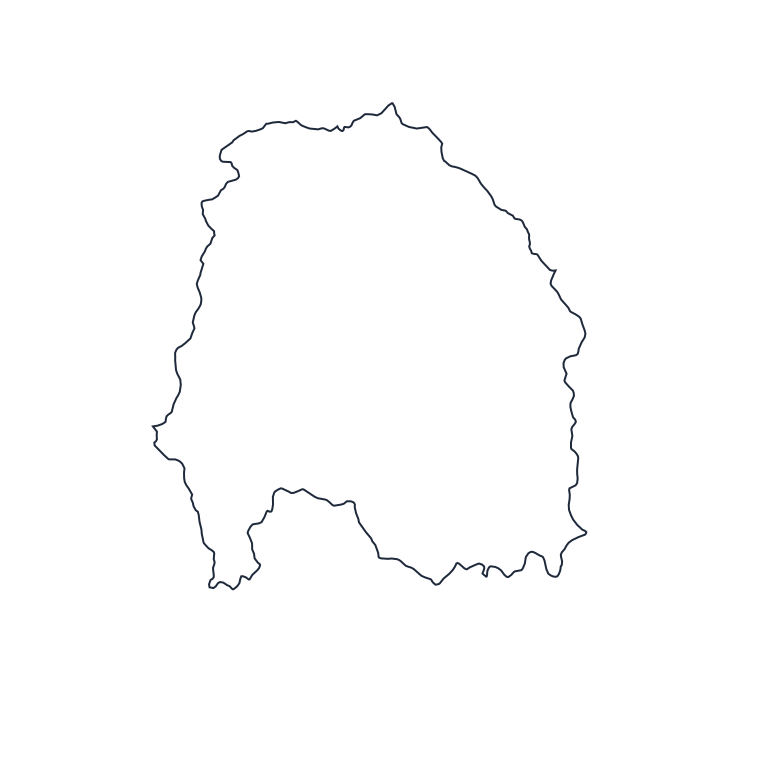 Ngan Son, Bắc Kạn, Vietnam (orthographic projection), rotated 115°
{"feature_id": "81297802B68784640933993", "entity_name": "Ngan Son", "entity_type": "district", "adm_level": 2, "iso_a3": "VNM", "parent_name": "Vietnam", "parent_adm1": "Bắc Kạn", "projection": "orthographic", "projection_center": [106.019, 22.43], "detail": "fine", "context": "isolated", "style": "outline", "palette": "slate", "viewbox_px": 768, "rotation_deg": 115, "n_neighbors": 0, "source": "geoboundaries", "source_scale": "gbopen_adm2", "svg_char_len": 6166}
<svg xmlns="http://www.w3.org/2000/svg" viewBox="0 0 768 768"><g transform="rotate(115 384 384)"><path d="M182.7,575.1L185.2,577.1L186.7,580.5L189.4,583.7L190.9,589.9L193.9,595.1L197.1,599.1L197.9,600.7L203.4,601.9L205.8,604.0L208.8,607.2L211.1,610.5L211.7,613.2L212.8,614.8L217.0,617.3L220.2,619.8L226.6,623.3L229.2,623.7L240.4,630.2L245.4,629.5L247.3,629.0L249.3,627.9L250.7,625.6L250.6,623.8L247.7,616.8L248.4,615.4L250.4,613.8L251.5,611.1L252.0,607.5L252.5,606.9L254.7,604.8L257.0,603.1L259.0,603.3L261.4,604.6L266.8,610.9L269.3,611.7L273.3,611.6L275.2,612.3L277.5,613.7L283.4,614.0L286.9,616.1L289.4,617.9L290.7,620.0L293.3,623.6L295.1,625.6L296.5,625.9L297.8,625.5L300.0,624.2L302.9,621.4L306.6,620.1L309.9,615.7L311.6,614.2L314.6,610.3L316.2,606.2L317.3,602.6L319.4,601.5L320.9,600.3L324.1,601.3L330.2,600.6L333.8,602.2L336.3,602.6L339.6,602.4L345.5,603.1L349.3,602.6L351.4,598.5L361.0,597.2L362.8,596.6L368.7,596.5L372.4,596.0L375.3,593.7L379.0,589.6L383.3,585.9L385.9,584.7L389.0,583.8L391.4,583.8L394.4,584.1L398.9,585.0L402.3,584.8L409.1,583.3L412.1,580.5L413.7,579.3L418.6,579.3L424.5,578.7L431.0,581.4L435.1,583.5L438.0,585.8L440.3,586.6L444.1,586.5L448.0,584.5L450.8,583.3L459.2,578.4L461.9,575.9L466.1,570.5L470.7,567.8L477.4,565.8L481.6,565.8L484.4,566.2L491.4,566.1L498.9,564.6L500.1,564.9L503.2,566.7L505.3,567.4L507.8,566.9L510.7,566.0L513.9,568.0L517.3,571.4L520.1,575.5L523.1,569.7L526.2,568.5L530.2,566.4L532.3,566.5L534.2,567.4L536.6,565.9L541.3,553.6L543.0,548.2L543.1,546.7L540.6,541.4L540.3,538.4L540.5,536.3L541.4,533.4L544.7,529.2L549.0,527.7L553.7,525.4L557.1,523.1L559.2,520.4L561.4,516.7L565.3,511.1L567.9,510.7L569.7,510.2L572.5,507.0L575.3,504.9L578.0,501.2L578.4,498.8L581.0,496.6L586.9,492.9L593.0,488.0L597.0,485.7L604.2,480.3L605.8,476.8L607.1,473.4L607.4,470.3L608.2,467.2L609.2,466.3L614.7,464.3L616.9,462.3L619.2,461.6L622.7,461.3L625.9,459.6L628.4,457.9L631.0,456.7L633.0,457.0L634.8,458.3L636.2,458.3L639.5,457.9L642.0,456.2L641.0,452.3L638.3,450.9L634.6,450.3L632.8,448.9L631.9,445.7L632.6,441.0L632.5,438.5L633.9,434.9L633.9,434.0L632.6,433.1L629.2,431.5L625.6,430.9L621.2,431.9L618.6,432.1L617.9,430.8L617.6,427.6L618.3,424.0L617.9,423.2L612.7,422.7L606.3,420.1L603.4,419.4L600.9,419.7L599.9,420.2L599.2,422.9L596.7,427.6L592.7,430.1L589.6,433.6L584.2,436.2L580.2,440.4L576.7,444.6L574.5,445.0L569.9,444.7L566.9,443.8L565.7,442.3L563.3,438.6L561.0,436.6L555.5,436.1L549.2,436.4L548.2,436.0L548.0,433.4L547.1,432.2L545.9,432.2L543.7,432.6L540.0,433.7L533.3,437.0L528.8,437.6L527.3,437.2L524.6,435.5L522.2,433.5L521.8,432.0L521.8,424.1L522.1,422.7L521.7,421.4L520.8,419.8L517.4,416.6L514.1,413.8L513.5,412.5L515.3,400.5L515.5,398.9L515.5,395.7L513.7,389.0L513.4,386.9L514.1,383.7L515.5,379.5L515.4,377.8L511.6,372.2L509.6,369.9L506.0,368.1L505.0,366.0L504.2,363.8L504.2,362.3L504.4,360.8L505.5,359.5L508.1,358.4L512.9,354.7L517.3,350.1L520.0,348.2L525.9,337.8L529.3,330.5L531.5,328.1L533.6,323.8L539.4,318.0L543.0,315.8L543.4,315.2L543.3,313.0L540.6,306.1L539.0,303.5L537.4,298.6L537.1,296.7L537.4,294.2L539.5,287.6L539.4,285.1L538.9,281.8L539.1,279.0L542.0,269.0L541.9,264.7L541.4,260.7L541.3,258.7L543.1,256.0L544.1,252.6L543.2,251.1L542.0,249.7L540.8,249.1L535.2,247.8L528.6,244.7L523.7,243.1L519.8,242.5L516.0,242.5L515.2,241.8L515.1,240.0L517.0,233.5L517.2,231.5L516.8,230.5L514.0,228.8L508.9,224.4L506.6,222.1L506.2,219.2L506.9,216.4L508.4,215.3L510.5,214.9L514.0,214.7L514.5,213.7L515.4,209.9L515.0,209.6L513.6,209.9L509.7,211.3L506.8,211.4L505.2,211.1L504.1,210.2L502.8,206.0L502.7,202.7L503.4,199.2L506.1,194.2L506.9,191.4L506.4,189.7L503.3,188.0L500.0,187.0L498.6,186.3L494.8,181.0L493.4,180.4L491.6,180.3L487.2,180.5L480.9,182.3L476.4,181.6L474.6,180.4L473.7,179.4L473.2,177.7L473.2,175.2L473.6,171.0L473.5,167.4L473.9,166.5L476.1,164.0L483.2,158.6L486.4,155.0L487.0,152.2L487.0,149.8L486.3,147.1L485.1,145.7L482.7,145.2L480.4,145.3L478.0,145.6L474.6,146.7L472.9,146.4L469.5,147.6L465.8,150.5L464.0,151.6L461.4,151.7L457.6,150.6L453.2,150.3L449.9,149.6L446.0,147.5L440.5,143.0L435.4,138.0L433.3,137.8L432.6,138.2L432.2,139.7L432.2,142.7L430.0,149.4L427.0,155.2L424.0,159.0L419.9,163.1L415.5,165.5L409.7,167.2L405.7,168.9L401.9,171.4L400.2,171.8L394.8,167.5L392.2,167.1L387.7,168.6L383.9,170.9L380.0,172.8L368.9,176.7L367.5,177.7L365.8,180.1L364.6,182.8L363.7,186.8L362.7,187.6L358.0,189.8L351.5,191.3L345.8,195.1L343.5,195.3L339.5,194.3L337.3,194.1L335.5,195.6L334.3,198.6L329.2,203.0L326.1,205.3L324.0,206.3L322.3,206.9L318.6,206.7L314.6,206.8L311.9,208.3L310.2,209.9L308.2,215.3L305.9,220.6L304.5,222.0L297.5,222.9L292.9,228.2L289.2,230.1L285.9,230.4L283.9,229.9L280.2,226.9L276.8,222.2L275.0,221.2L272.7,221.5L269.8,222.4L262.4,222.5L257.0,221.8L253.3,222.7L250.4,225.0L246.5,229.0L241.6,233.4L240.5,235.7L239.9,240.0L239.7,244.9L239.3,246.3L237.2,248.8L236.0,251.3L232.6,259.2L229.1,263.4L227.3,265.9L224.3,273.5L222.7,275.4L219.5,276.3L212.3,276.6L208.6,276.5L209.6,278.1L210.2,279.7L210.5,281.8L205.8,293.5L201.9,299.6L201.9,300.7L202.8,303.4L203.0,305.3L200.9,307.2L199.6,309.1L197.9,310.6L195.7,310.8L194.0,311.7L191.0,314.0L188.3,315.1L187.0,315.8L185.7,317.5L183.3,320.0L182.1,322.8L178.6,326.6L177.6,328.7L177.6,330.6L178.9,335.1L178.5,336.2L177.0,338.3L176.8,343.9L175.5,346.9L176.6,351.2L175.8,357.6L174.8,359.6L170.7,363.4L168.6,366.1L165.4,371.9L163.5,376.6L161.5,380.8L157.9,386.0L156.6,389.1L156.4,392.7L156.5,405.8L156.7,408.2L157.4,412.0L158.1,414.5L158.1,417.3L156.5,422.3L156.3,424.0L154.5,426.2L149.2,430.1L145.1,432.2L141.6,432.8L140.7,434.1L139.0,438.1L135.9,446.3L133.6,450.7L132.9,453.3L133.3,454.2L138.6,462.2L140.5,470.1L140.6,476.8L140.0,478.4L136.9,481.2L135.7,483.1L134.2,486.7L128.3,491.5L126.0,494.8L126.1,495.4L129.5,497.6L139.7,500.8L143.4,503.8L144.7,508.7L146.6,513.4L147.6,515.3L153.1,517.9L158.2,522.6L160.6,522.9L163.4,522.8L165.1,523.4L166.4,524.6L167.7,528.4L169.0,528.5L170.8,528.0L172.2,528.5L172.5,529.1L172.4,531.1L171.6,533.5L170.2,535.1L173.4,536.7L177.0,539.1L177.4,539.9L177.7,541.1L177.7,545.9L177.9,547.2L178.9,548.9L181.0,551.2L183.9,559.4L184.3,563.3L184.5,567.6L184.2,569.4L183.0,573.1L182.7,575.1Z" fill="none" stroke="#1e293b" stroke-width="2"/></g></svg>